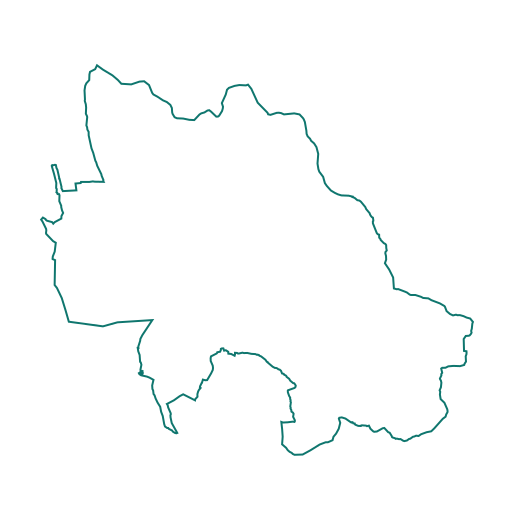 Barcani, Covasna, Romania (Albers equal-area conic projection), rotated 356°
{"feature_id": "2599482B23843789943329", "entity_name": "Barcani", "entity_type": "district", "adm_level": 2, "iso_a3": "ROU", "parent_name": "Romania", "parent_adm1": "Covasna", "projection": "albers", "projection_center": [26.11, 45.703], "detail": "fine", "context": "isolated", "style": "outline", "palette": "teal", "viewbox_px": 512, "rotation_deg": 356, "n_neighbors": 0, "source": "geoboundaries", "source_scale": "gbopen_adm2", "svg_char_len": 6051}
<svg xmlns="http://www.w3.org/2000/svg" viewBox="0 0 512 512"><g transform="rotate(356 256 256)"><path d="M151.8,409.1L152.7,417.3L153.3,419.7L155.4,421.4L156.5,421.5L156.9,422.3L160.2,424.3L160.8,425.4L162.9,426.9L164.2,427.3L165.1,427.0L160.3,416.8L159.5,411.1L159.5,408.9L160.0,407.8L159.9,406.8L157.8,400.9L157.5,398.7L156.8,397.4L164.1,394.2L170.1,390.5L173.7,388.9L185.1,395.7L185.3,394.7L187.8,392.3L187.9,389.7L188.8,387.2L189.6,385.8L191.4,383.9L190.8,383.6L191.1,382.1L193.1,378.6L193.3,378.6L194.4,375.6L196.7,376.4L198.6,376.4L203.0,370.0L204.9,366.7L205.3,364.7L205.2,362.4L203.5,357.6L203.6,354.8L204.1,353.0L209.9,350.5L210.6,349.8L210.7,349.3L213.5,349.0L214.3,347.5L214.5,346.2L215.5,345.8L217.0,345.9L217.6,348.2L219.3,347.9L221.6,349.6L221.6,351.5L224.4,352.0L227.7,354.0L228.2,352.7L228.3,351.1L230.4,351.4L231.1,352.0L232.1,352.1L235.7,351.5L237.2,352.0L240.5,352.1L244.6,353.3L248.5,353.8L250.2,354.7L250.8,354.5L252.1,355.1L252.4,355.7L254.1,356.5L258.2,360.2L259.4,362.3L260.2,362.6L260.3,363.1L264.9,367.6L267.1,369.0L268.3,369.1L269.5,369.7L270.4,370.6L271.7,371.0L272.9,372.2L273.8,375.0L275.4,375.5L275.8,376.4L277.4,377.3L277.9,377.9L278.1,378.7L280.5,380.8L281.5,382.8L284.2,385.4L285.2,385.6L285.8,386.5L286.6,388.0L286.3,389.3L285.3,390.3L278.5,392.2L278.3,392.6L278.3,394.3L279.3,397.9L280.2,399.6L280.1,401.1L280.5,402.2L280.2,403.3L280.6,404.3L279.7,408.4L280.0,409.8L279.8,410.6L280.5,412.1L280.5,413.7L281.9,414.8L282.5,416.0L281.8,419.0L283.3,422.6L283.2,423.6L282.8,424.2L281.2,423.8L276.0,424.1L271.3,424.0L269.7,423.3L270.0,430.5L270.0,438.1L268.9,445.7L272.7,449.5L274.1,451.9L275.9,453.7L277.9,454.9L278.8,456.0L280.6,457.0L288.7,457.3L296.8,453.6L306.4,448.5L312.4,446.7L314.8,446.8L319.5,445.1L320.7,441.7L323.5,438.8L326.5,434.1L328.4,428.3L327.3,424.0L327.8,423.2L330.3,423.0L333.9,424.4L338.8,428.3L339.5,428.8L340.2,428.4L340.8,428.6L341.3,429.7L342.8,430.0L342.8,430.6L343.3,431.2L346.1,432.6L348.8,432.9L349.1,432.4L349.9,432.3L354.0,432.9L354.8,433.5L356.8,433.1L358.1,436.3L360.6,439.0L361.6,439.6L364.4,439.5L370.3,436.7L372.0,436.5L375.6,441.0L377.0,441.6L378.8,445.0L379.0,446.0L379.5,446.5L382.0,447.5L382.5,448.1L383.8,448.0L385.9,448.7L387.4,448.7L390.0,450.6L391.1,451.0L393.7,450.6L395.9,449.2L397.2,449.0L399.9,447.3L401.4,447.1L403.2,446.4L405.6,446.9L408.3,445.3L413.9,443.7L418.6,443.1L421.8,440.4L431.0,431.4L433.9,429.5L434.7,427.3L436.1,425.2L436.3,424.1L436.1,422.2L433.7,415.5L430.2,411.6L429.8,407.0L430.3,404.3L429.8,402.8L431.3,399.9L432.1,395.3L431.8,393.3L431.0,391.7L430.9,391.1L432.6,388.1L432.6,386.7L433.6,385.5L432.9,381.2L434.0,380.5L437.2,380.7L440.1,379.5L445.2,379.4L451.9,380.1L456.1,379.2L456.6,377.9L458.1,376.0L458.2,370.7L459.1,368.6L459.3,367.0L459.3,365.7L456.9,365.2L457.4,353.3L459.7,350.4L462.7,350.4L463.6,350.1L464.9,348.8L465.7,347.5L465.4,345.8L466.2,343.6L467.1,338.5L467.8,336.9L465.3,333.3L461.8,332.1L458.9,330.5L455.3,329.2L452.8,329.1L451.4,328.5L448.4,329.0L445.5,327.4L442.3,324.3L440.9,319.7L440.4,319.0L436.1,316.1L427.9,312.3L425.0,310.3L419.8,309.5L417.7,308.2L412.2,306.0L407.8,305.7L406.6,305.2L404.1,303.0L402.4,302.1L395.5,298.9L394.1,299.0L391.3,298.0L391.3,287.0L387.9,278.8L384.1,272.2L385.6,268.7L385.7,265.0L385.2,262.4L385.4,261.1L386.8,259.6L386.5,257.2L386.6,254.2L385.9,253.0L384.4,252.1L381.5,248.7L381.3,247.8L380.2,246.3L380.3,243.3L378.9,242.7L378.1,241.6L374.9,231.6L375.0,229.6L375.5,229.1L375.5,228.0L375.3,225.9L374.4,225.4L373.3,223.9L372.6,222.4L372.4,221.3L369.2,216.9L368.4,214.7L364.4,209.1L363.0,207.9L361.0,207.4L358.4,204.9L356.3,203.9L356.5,203.5L352.6,202.3L345.4,201.5L342.0,200.2L339.0,198.5L335.3,195.9L331.5,191.0L329.8,188.1L328.5,181.7L325.0,176.3L324.3,173.7L323.8,168.1L325.2,158.5L323.9,151.6L321.8,147.7L319.0,144.9L318.1,142.8L315.9,140.3L315.0,137.7L315.0,134.6L314.1,125.8L313.2,123.0L312.4,121.6L309.3,117.8L304.1,116.4L293.8,116.7L291.0,115.2L288.9,114.7L286.8,114.6L280.3,116.2L278.0,115.5L277.5,113.9L268.4,103.2L263.0,88.9L260.0,84.5L257.9,85.1L251.3,84.3L246.5,84.8L240.7,86.4L238.7,88.1L237.1,92.8L232.6,101.1L233.5,104.8L233.1,106.7L232.2,109.1L229.0,113.5L227.7,114.3L226.1,114.2L221.2,108.8L219.5,107.3L217.7,107.5L214.6,109.2L211.3,109.9L209.5,110.9L203.9,116.1L199.0,115.5L192.9,113.8L186.8,113.1L184.5,111.9L182.7,108.4L182.4,106.9L182.4,102.5L181.1,99.3L177.8,96.2L174.0,94.2L168.8,90.2L164.9,87.7L163.8,86.0L161.2,78.0L156.6,73.9L152.0,73.9L143.5,76.1L133.7,74.8L130.6,70.9L125.4,65.8L116.3,59.4L110.7,54.7L108.6,58.4L103.3,60.7L102.5,63.2L101.9,68.9L98.8,71.9L97.5,74.3L96.5,78.8L96.3,87.9L96.0,89.3L96.8,92.7L96.9,96.1L96.2,102.2L97.2,104.8L97.3,105.7L95.9,113.9L96.5,115.8L96.6,118.1L97.7,120.5L97.5,124.0L99.4,137.1L100.8,141.7L102.4,149.8L103.1,151.3L103.9,154.9L107.4,163.6L107.6,165.2L109.1,169.6L108.8,170.5L109.2,171.4L100.1,170.6L98.5,170.2L94.8,170.5L86.6,169.9L86.2,171.0L81.0,171.1L81.4,178.0L67.8,177.8L66.6,174.7L66.8,173.5L65.4,165.3L65.0,165.1L65.1,163.9L63.9,156.1L63.1,154.3L62.7,151.3L61.8,151.0L59.8,151.4L59.1,151.1L58.6,151.5L58.6,152.3L60.2,159.7L61.9,169.3L61.4,173.6L61.4,174.4L61.9,175.3L61.6,178.1L61.4,178.5L62.2,179.1L62.1,179.9L62.4,180.4L63.9,180.6L64.2,181.8L63.6,187.6L65.2,192.3L65.1,193.6L65.7,197.0L66.6,199.6L64.7,202.6L64.4,205.1L57.5,208.2L56.0,209.6L55.0,208.0L49.9,206.2L49.0,205.4L48.6,204.5L46.1,202.8L44.2,204.7L45.4,206.7L48.5,214.3L48.6,215.9L48.1,218.5L48.3,219.4L54.6,227.0L57.2,228.8L55.5,237.6L53.3,242.2L52.9,244.3L52.9,244.9L55.3,246.1L53.1,270.9L55.2,274.0L59.3,284.4L62.3,297.2L64.7,308.5L98.4,315.5L113.2,312.5L148.1,312.7L137.1,327.0L134.9,330.6L134.5,332.6L132.3,338.1L132.3,339.6L131.6,339.5L131.9,342.9L133.0,346.6L133.0,353.5L133.6,354.1L134.1,356.5L132.8,361.3L132.9,362.7L133.5,363.4L134.4,362.7L134.8,362.9L134.5,363.7L134.9,364.3L134.8,365.3L134.4,365.8L132.0,364.1L131.0,364.7L131.5,365.8L133.1,367.0L138.8,368.7L141.3,369.9L145.1,372.4L143.4,377.9L143.4,381.5L144.0,382.9L144.2,386.6L145.1,387.9L145.9,391.1L147.6,395.4L149.9,399.7L150.5,404.8L151.8,409.1Z" fill="none" stroke="#0f766e" stroke-width="2"/></g></svg>